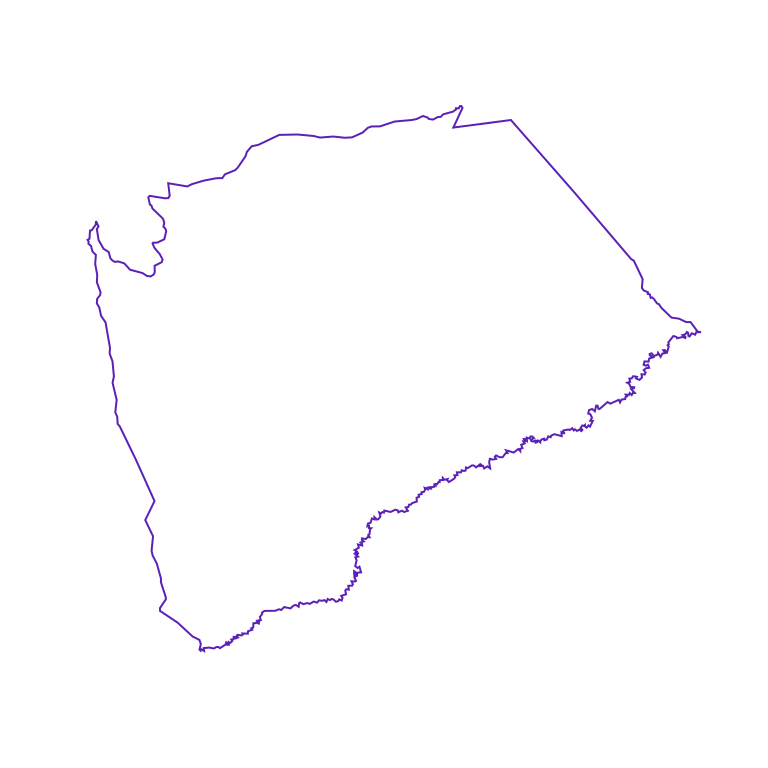 the district of Bosconia, Cesar, Colombia, rotated 276°
{"feature_id": "7082276B36091945670485", "entity_name": "Bosconia", "entity_type": "district", "adm_level": 2, "iso_a3": "COL", "parent_name": "Colombia", "parent_adm1": "Cesar", "projection": "robinson", "projection_center": [-73.906, 9.931], "detail": "fine", "context": "isolated", "style": "outline", "palette": "violet", "viewbox_px": 768, "rotation_deg": 276, "n_neighbors": 0, "source": "geoboundaries", "source_scale": "gbopen_adm2", "svg_char_len": 6125}
<svg xmlns="http://www.w3.org/2000/svg" viewBox="0 0 768 768"><g transform="rotate(276 384 384)"><path d="M515.9,80.6L512.4,80.7L506.3,77.2L505.9,75.6L497.7,75.9L496.3,74.1L494.8,75.4L492.6,75.4L490.8,78.1L485.2,80.3L482.2,84.0L473.3,84.2L462.5,87.4L455.2,87.8L445.4,92.6L442.6,92.3L438.6,89.8L434.1,90.0L430.5,92.8L422.2,95.5L416.2,100.6L391.4,107.7L385.5,108.0L378.2,111.6L363.3,114.6L356.9,113.9L340.3,119.8L327.7,119.7L323.6,122.1L316.4,123.3L314.3,125.6L282.6,145.3L243.6,168.0L223.7,160.8L208.5,170.2L193.9,170.3L189.3,171.8L181.7,176.8L167.3,182.5L163.5,182.9L148.8,189.4L146.9,189.5L137.7,184.6L134.9,185.0L125.1,203.7L112.9,220.0L110.2,227.2L106.2,229.0L100.5,228.3L99.5,229.6L101.0,230.3L99.7,233.0L102.5,232.3L103.6,237.8L103.2,242.5L104.9,244.8L105.1,246.9L104.1,248.5L108.6,253.9L110.6,254.1L109.6,255.9L108.3,255.6L108.4,257.0L111.1,256.6L110.4,258.1L112.4,259.9L113.9,258.8L114.4,261.1L116.8,260.9L116.9,262.1L115.5,263.1L116.7,265.3L117.9,263.8L119.2,264.5L119.1,268.8L120.2,269.9L121.1,269.3L121.5,274.7L123.9,274.6L125.8,278.6L127.1,277.5L128.2,279.4L132.4,279.1L132.8,281.6L133.7,282.0L132.6,284.5L134.2,284.8L135.5,283.0L136.4,286.2L139.2,284.9L142.7,286.9L143.8,286.5L145.8,288.7L147.1,299.5L149.0,303.1L148.5,305.4L151.7,308.0L151.1,314.5L154.0,317.0L155.1,319.4L153.5,322.4L157.3,322.5L158.0,323.4L156.6,326.9L158.1,330.4L157.6,333.3L160.3,336.8L159.6,340.3L162.1,342.1L161.9,345.3L162.9,347.2L161.2,349.5L164.3,350.4L163.4,352.9L164.7,354.3L164.5,356.2L162.4,359.0L163.4,361.3L165.1,362.0L164.3,364.6L167.0,365.1L168.8,363.6L170.9,368.2L174.5,367.1L175.9,367.9L175.8,370.5L179.6,369.6L180.1,373.4L181.5,374.0L184.4,372.3L184.5,375.6L185.3,376.8L188.2,374.9L194.7,373.8L193.8,375.4L189.8,376.1L190.5,377.3L193.5,377.0L194.3,380.9L199.7,378.7L198.3,377.0L199.9,374.4L205.8,375.2L208.7,373.6L209.6,376.2L212.2,372.5L213.0,373.2L211.7,375.3L212.7,375.9L214.4,374.8L215.7,372.1L218.5,376.1L221.7,374.9L221.1,379.2L222.7,378.9L223.9,377.3L225.3,380.3L226.6,378.3L228.2,378.3L227.9,382.1L230.1,383.9L230.1,385.6L232.2,384.1L233.0,385.2L238.1,385.4L239.2,386.3L239.1,384.1L241.4,383.9L240.7,382.3L243.5,382.6L244.7,385.2L249.0,386.0L248.3,388.7L250.6,388.4L248.4,391.2L249.0,392.5L251.8,394.3L255.7,392.7L254.9,394.6L256.5,395.9L256.1,397.4L258.2,397.6L257.4,403.8L260.2,408.5L259.7,411.0L257.9,411.6L259.9,415.1L258.8,417.3L260.4,421.0L263.5,418.5L264.2,421.1L266.6,421.5L266.9,423.4L268.4,424.3L270.5,428.9L274.3,428.3L275.4,430.7L277.5,430.0L278.5,433.0L280.3,432.6L280.8,434.9L283.5,436.0L284.9,435.4L283.8,438.4L285.4,437.9L286.1,440.2L284.8,440.4L284.9,441.9L286.4,442.0L287.1,444.8L289.0,444.6L288.4,446.0L290.0,445.7L289.9,447.3L292.3,448.5L292.2,449.6L294.2,449.5L294.6,452.5L296.7,452.3L295.1,454.1L296.1,457.1L295.1,456.6L293.3,458.8L297.3,463.8L299.0,464.6L300.5,463.6L301.1,466.6L303.8,465.7L304.2,469.8L306.3,470.3L305.8,472.6L306.5,474.2L309.6,474.3L309.1,476.1L312.3,480.1L312.2,482.2L310.7,484.3L314.4,488.1L313.7,489.2L312.5,488.5L312.9,491.0L310.5,492.4L312.9,495.4L311.2,498.4L317.0,496.8L320.7,497.1L320.2,499.9L321.2,503.4L323.2,501.8L324.7,502.9L323.3,506.5L323.6,509.6L328.0,512.3L328.2,514.0L330.8,512.3L329.4,520.2L333.4,524.3L331.5,526.5L333.7,526.2L334.8,528.4L337.9,526.8L339.7,530.2L341.6,528.5L342.0,530.4L343.9,528.8L344.2,530.0L342.5,532.1L345.6,531.6L345.0,534.5L347.1,535.2L347.3,537.1L345.8,538.8L343.9,535.9L342.8,536.3L342.3,538.0L343.5,540.2L341.5,540.8L342.1,542.3L343.6,542.1L344.0,543.0L342.3,545.5L344.1,545.5L345.8,547.3L346.4,549.1L344.8,549.4L345.7,551.7L349.1,552.8L348.5,555.3L350.0,555.6L351.9,558.6L350.7,566.2L354.7,565.5L353.5,569.0L355.5,566.8L356.5,567.2L358.0,572.0L357.6,573.5L359.7,575.8L357.7,577.6L358.9,578.6L357.5,580.9L359.1,583.1L357.8,585.2L359.1,586.1L360.9,584.2L363.5,585.5L363.2,587.1L364.3,588.1L362.8,588.4L361.7,590.1L364.2,591.7L363.1,593.3L369.2,595.5L369.0,593.0L372.3,594.4L375.5,592.3L376.0,590.2L379.4,590.6L380.9,593.6L378.9,596.5L384.7,597.3L384.7,598.7L381.7,599.8L381.6,600.9L389.4,608.2L388.1,611.1L392.8,619.2L390.3,620.7L393.4,621.9L394.2,625.4L396.3,625.6L397.1,627.0L398.7,625.6L398.9,628.9L400.7,629.3L398.9,631.5L401.1,632.4L401.3,634.3L404.8,630.3L406.0,633.1L406.9,633.2L406.8,629.6L409.7,627.9L410.7,625.8L411.9,628.6L415.0,627.4L415.4,629.7L417.8,631.0L417.6,634.8L415.9,634.0L414.8,637.6L417.4,639.9L420.6,639.1L420.7,642.3L422.7,643.0L425.0,640.8L427.1,643.0L427.8,646.0L430.8,644.5L429.6,642.3L430.2,640.2L433.7,640.7L433.9,644.8L437.0,645.0L438.6,648.7L440.3,645.3L441.7,645.1L442.5,647.0L440.0,649.5L441.8,653.0L443.7,653.3L439.9,656.2L443.3,657.6L444.1,660.4L446.8,658.2L447.1,659.7L445.1,662.2L450.9,663.3L452.2,662.0L453.3,663.1L455.0,662.4L462.0,666.8L461.3,670.1L460.1,670.8L462.0,676.0L461.2,678.8L462.1,679.0L463.9,675.9L464.9,678.5L467.4,679.8L466.8,681.1L463.7,681.7L463.2,682.9L466.6,684.8L465.6,688.3L468.1,689.1L468.7,693.9L468.9,690.4L477.6,682.4L477.2,678.0L479.8,670.6L480.1,662.9L488.7,651.9L492.1,649.1L492.7,647.1L496.8,643.5L498.1,641.4L497.5,640.2L500.9,639.0L501.2,636.8L502.8,637.0L504.3,632.3L506.6,630.4L515.2,630.3L532.7,619.6L534.1,616.7L594.8,552.9L659.8,482.6L646.3,426.2L666.8,433.2L668.5,431.9L668.4,430.5L666.0,429.6L665.8,426.8L664.8,427.1L662.1,424.2L658.4,414.7L655.5,412.4L655.2,409.7L652.1,405.1L652.3,400.8L653.5,399.7L654.6,394.7L650.9,388.7L649.4,383.8L646.1,367.0L639.8,353.1L638.8,344.6L637.1,341.1L631.8,336.5L625.9,326.3L624.8,319.2L624.8,307.7L622.4,294.6L623.3,288.1L623.1,272.0L620.8,253.8L608.7,234.0L606.6,227.6L600.6,223.4L596.1,222.5L583.9,215.9L581.2,213.7L575.9,203.9L571.9,201.7L571.1,195.6L567.4,183.4L562.6,171.9L559.9,167.8L561.1,148.4L548.9,151.2L546.4,150.1L545.8,147.0L546.6,131.3L545.1,130.1L538.0,132.4L537.1,134.1L534.4,135.3L525.2,147.0L521.4,148.6L517.3,148.2L515.6,150.4L513.1,151.4L505.0,150.4L500.8,143.5L500.4,139.6L499.6,139.1L495.5,141.4L489.6,147.5L484.7,150.8L481.9,150.2L477.6,143.5L471.3,144.3L468.9,143.6L466.6,140.7L466.7,136.9L469.1,132.2L471.1,119.5L476.9,113.0L478.1,106.6L477.3,103.5L478.4,101.0L480.5,98.7L486.4,96.5L489.2,90.9L497.4,85.1L508.1,82.2L510.8,83.6L515.9,80.6Z" fill="none" stroke="#5b21b6" stroke-width="2"/></g></svg>